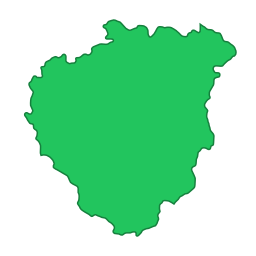 the district of San José de Las Matas, Santiago, Dominican Republic, rotated 3°
{"feature_id": "3306468B48570951315042", "entity_name": "San José de Las Matas", "entity_type": "district", "adm_level": 2, "iso_a3": "DOM", "parent_name": "Dominican Republic", "parent_adm1": "Santiago", "projection": "albers", "projection_center": [-71.019, 19.237], "detail": "fine", "context": "isolated", "style": "filled", "palette": "green", "viewbox_px": 256, "rotation_deg": 3, "n_neighbors": 0, "source": "geoboundaries", "source_scale": "gbopen_adm2", "svg_char_len": 5720}
<svg xmlns="http://www.w3.org/2000/svg" viewBox="0 0 256 256"><g transform="rotate(3 128 128)"><path d="M177.9,201.5L179.1,199.6L181.9,196.6L183.0,194.7L183.7,193.8L185.6,192.8L188.1,190.9L188.7,190.7L190.5,190.3L191.6,189.7L196.4,185.1L197.0,184.4L197.5,183.6L197.7,182.7L197.8,181.2L197.8,176.6L197.7,174.8L197.4,173.9L196.2,171.4L194.0,167.3L193.7,166.4L193.7,165.5L193.9,164.5L194.3,164.0L194.9,163.4L196.7,162.4L197.3,161.8L197.6,161.2L197.8,159.8L197.9,155.6L198.9,152.9L199.2,149.5L199.4,148.6L199.8,148.1L201.2,146.8L202.4,144.8L203.1,144.2L203.7,144.0L204.7,143.8L206.2,143.9L207.2,144.2L209.1,145.1L210.0,145.2L210.8,144.9L211.3,144.2L211.8,141.9L212.1,141.5L213.7,140.7L214.1,139.9L214.2,138.2L214.2,133.1L214.2,131.6L214.0,130.6L213.3,129.3L210.9,126.7L210.2,125.5L209.7,123.4L208.9,121.4L208.4,119.2L207.6,117.6L207.1,115.4L206.2,113.5L206.0,112.8L205.9,111.4L206.0,109.6L206.1,108.6L206.6,107.0L206.6,106.4L206.1,105.6L204.3,103.6L203.6,102.8L203.3,101.8L203.3,100.2L203.5,99.6L205.0,96.9L206.3,95.4L208.0,94.2L208.2,93.8L208.3,92.9L207.6,91.5L207.4,90.4L207.4,88.3L207.6,87.3L211.1,80.5L211.3,79.1L211.3,75.6L211.6,74.4L212.2,73.7L213.7,72.9L216.2,72.2L216.6,71.7L216.9,70.8L216.9,69.8L216.8,69.2L216.2,68.5L215.2,68.2L212.6,68.2L212.0,68.0L211.5,67.6L210.1,65.4L209.9,64.1L210.1,63.2L210.7,62.1L211.8,61.5L213.2,61.3L217.6,61.4L218.6,61.2L219.2,61.0L220.9,58.8L223.5,56.1L224.6,55.2L226.2,54.3L226.9,53.7L228.6,51.3L229.3,50.8L230.5,50.5L231.2,49.5L231.7,48.7L231.9,47.0L231.7,45.4L230.3,42.3L229.9,41.7L228.7,40.5L227.6,39.7L226.2,38.9L223.8,37.1L222.9,36.8L220.0,36.5L218.9,35.8L218.2,34.9L216.3,30.7L215.0,28.8L213.9,28.4L211.4,28.3L210.1,28.0L209.2,27.5L207.7,26.2L206.8,25.8L205.8,25.6L202.8,25.5L201.9,25.2L201.0,24.7L199.2,23.2L197.5,22.4L194.7,20.6L194.9,23.2L195.0,26.4L194.9,27.8L194.4,28.6L193.7,29.0L193.2,29.1L191.2,28.1L189.4,27.1L188.5,26.9L187.6,27.0L186.9,27.5L186.2,29.1L185.8,29.3L184.2,29.9L183.5,30.4L183.0,31.1L182.4,33.0L182.0,33.4L181.4,33.7L180.1,33.8L178.7,33.7L177.6,33.5L177.0,33.2L176.1,32.6L173.5,30.2L172.1,29.2L171.1,28.3L168.9,27.0L166.1,25.6L164.7,25.3L162.6,25.3L161.2,25.5L159.4,26.0L156.9,25.3L154.4,25.2L153.5,25.4L152.7,25.9L151.5,27.8L150.8,29.5L149.2,32.6L146.9,35.2L146.1,35.8L145.5,36.0L144.9,35.9L144.4,35.6L143.3,33.7L143.1,32.7L142.8,29.8L142.5,28.9L141.6,27.4L141.1,26.7L138.8,25.4L137.8,25.2L136.0,25.1L134.2,25.1L133.0,25.3L132.3,25.8L131.7,27.2L131.4,27.6L129.5,28.2L125.4,30.2L124.2,30.3L123.4,30.1L120.6,28.6L115.8,23.8L114.5,22.7L113.5,22.4L111.7,21.9L109.8,21.1L108.1,20.9L105.7,21.6L103.2,22.6L102.4,23.4L101.5,25.0L101.0,25.7L98.6,26.4L98.2,26.9L98.0,27.5L98.0,28.2L98.3,28.7L98.8,29.1L100.5,29.8L101.8,31.9L103.0,34.6L103.0,35.6L102.8,36.2L101.2,38.1L101.0,38.6L100.9,39.1L101.1,39.7L101.6,40.0L102.2,40.2L106.5,40.0L108.1,40.2L108.6,40.7L108.8,41.2L108.7,42.1L108.2,42.7L106.0,43.4L103.8,45.0L102.9,45.4L101.5,45.6L97.3,45.5L95.6,45.7L89.5,48.6L88.4,49.4L87.7,50.4L87.6,51.3L88.0,52.7L88.0,53.6L87.7,54.4L86.6,56.2L85.9,56.6L84.5,57.2L83.9,57.2L82.7,56.7L81.8,56.5L80.9,56.6L80.2,56.7L79.4,57.2L77.2,59.3L76.1,60.0L75.2,60.3L73.4,60.5L72.6,60.7L72.3,61.2L72.2,61.7L72.6,63.0L72.6,63.7L71.8,65.4L71.0,65.9L68.3,66.2L66.4,66.8L65.6,66.6L63.5,65.6L62.7,64.7L62.4,63.8L62.3,60.1L62.1,59.2L61.4,58.2L60.6,57.8L59.9,57.8L59.1,58.2L58.6,58.8L57.6,60.2L55.7,61.3L54.5,61.5L52.7,60.7L51.8,60.6L50.9,60.9L48.5,62.1L47.7,62.9L46.7,64.2L43.3,66.0L42.6,66.6L42.0,67.7L41.7,70.0L41.3,70.8L40.5,71.1L38.8,71.4L38.3,71.6L38.0,72.1L38.0,72.7L38.9,74.8L39.3,78.7L39.9,80.5L39.8,81.1L39.5,81.5L38.9,82.0L38.2,82.2L34.4,82.3L33.6,81.4L33.1,81.1L32.5,81.0L31.5,81.1L31.0,81.5L29.7,84.1L29.1,86.1L28.4,87.0L27.2,88.0L26.9,88.8L26.9,89.7L27.0,90.3L28.3,92.9L29.2,94.1L31.2,96.3L31.6,97.3L30.6,101.0L29.9,102.6L29.6,103.6L29.4,105.3L29.4,108.2L29.6,110.6L31.8,115.0L32.0,115.6L31.9,116.5L31.0,118.3L30.7,118.7L30.2,119.1L29.7,119.2L28.7,119.2L28.2,119.0L26.7,118.2L26.1,118.1L25.5,118.1L24.9,118.4L24.5,118.8L24.2,119.3L24.1,119.7L24.2,120.6L24.5,121.2L26.2,123.3L27.3,125.3L29.6,128.3L30.3,128.7L32.3,129.0L33.1,129.4L33.4,130.2L33.7,132.3L34.0,133.2L34.8,134.0L36.6,135.1L37.3,136.0L37.7,137.3L37.6,139.6L37.4,140.9L36.7,142.5L36.6,143.3L36.9,144.0L38.6,145.2L39.7,146.4L40.3,147.3L41.5,149.8L41.7,151.5L41.8,156.8L41.9,157.8L42.6,159.9L44.9,159.3L46.3,159.3L47.8,159.4L48.7,159.7L51.2,160.9L51.9,161.4L53.5,162.9L54.9,164.4L56.0,166.9L56.1,167.9L55.5,169.4L55.5,170.3L55.6,171.2L56.0,171.6L57.9,172.8L59.4,173.4L66.5,177.1L67.6,177.6L69.9,178.9L70.3,179.3L71.3,181.1L72.2,183.0L73.5,185.3L75.7,186.7L79.9,188.6L80.8,189.4L81.1,190.0L81.4,190.9L81.6,194.9L82.5,196.8L82.8,198.5L82.8,200.7L82.7,202.5L82.4,203.4L81.7,205.0L81.6,205.6L81.7,206.2L82.2,207.1L83.6,208.9L84.7,210.9L85.7,211.9L86.5,212.5L89.4,214.2L93.6,216.3L95.4,217.7L96.2,218.1L97.0,218.0L99.0,216.6L99.6,216.4L100.2,216.3L100.8,216.5L102.4,217.2L104.5,217.8L106.5,218.6L109.4,219.0L110.3,219.3L111.4,220.1L113.8,222.4L115.8,223.5L116.6,224.0L118.1,225.4L119.2,226.7L119.6,227.6L119.6,228.9L119.4,229.8L118.6,231.4L118.6,232.3L118.8,232.9L119.1,233.3L120.2,234.0L124.5,234.3L126.4,235.1L127.6,235.2L128.2,235.0L130.2,233.4L131.1,233.0L132.1,232.8L135.4,232.6L136.0,232.5L138.0,231.6L139.6,231.4L140.5,231.5L141.2,231.9L141.6,232.7L141.7,234.3L141.8,234.8L142.2,235.2L142.8,235.4L143.6,235.1L144.8,234.0L146.7,231.7L147.5,230.0L148.6,229.0L151.3,227.7L153.9,227.1L158.2,225.0L160.6,224.1L161.9,221.8L162.5,219.7L163.3,217.5L163.1,216.3L162.4,214.7L162.3,213.4L162.7,212.2L164.0,210.4L164.3,209.6L163.7,207.4L163.6,206.4L163.6,203.5L164.2,202.3L165.8,200.9L166.7,199.1L167.5,198.7L168.5,198.5L171.0,198.6L172.7,198.8L175.8,200.3L177.9,201.5Z" fill="#22c55e" stroke="#15803d" stroke-width="1.5"/></g></svg>